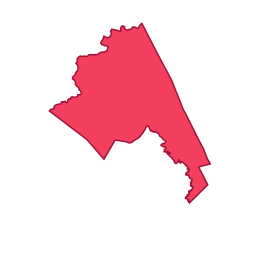 outline of Itezhi-Tezhi, Southern, Zambia, rotated 62°
{"feature_id": "96606910B99117639697542", "entity_name": "Itezhi-Tezhi", "entity_type": "district", "adm_level": 2, "iso_a3": "ZMB", "parent_name": "Zambia", "parent_adm1": "Southern", "projection": "mercator", "projection_center": [26.535, -15.924], "detail": "fine", "context": "isolated", "style": "filled", "palette": "rose", "viewbox_px": 256, "rotation_deg": 62, "n_neighbors": 0, "source": "geoboundaries", "source_scale": "gbopen_adm2", "svg_char_len": 5681}
<svg xmlns="http://www.w3.org/2000/svg" viewBox="0 0 256 256"><g transform="rotate(62 128 128)"><path d="M222.9,108.7L215.6,84.3L195.5,83.9L198.4,72.2L192.3,72.4L181.4,71.1L173.9,71.2L141.3,70.4L137.4,70.5L105.8,67.0L82.5,67.1L59.1,66.9L42.2,66.6L42.4,68.2L43.1,69.8L44.2,71.3L44.4,71.7L44.5,72.3L44.4,72.7L43.7,73.4L42.4,74.3L41.8,75.0L41.4,75.5L41.0,76.6L41.9,77.8L42.2,78.9L42.0,79.6L41.7,80.0L41.5,81.0L41.2,82.5L39.6,84.3L39.3,84.4L38.6,84.1L37.9,84.0L37.7,83.8L37.4,83.8L37.2,83.6L36.8,83.6L35.8,84.3L35.1,85.2L35.5,86.5L35.9,87.0L36.6,87.6L39.0,88.9L39.2,89.2L39.2,89.3L38.8,89.8L38.1,90.3L36.8,91.7L36.5,91.9L35.8,92.6L34.8,93.9L33.1,95.9L33.1,96.0L33.8,96.6L33.9,96.9L33.8,97.4L34.0,97.7L35.7,98.0L37.1,98.6L37.9,99.5L38.5,100.3L39.0,101.7L39.0,103.0L38.6,104.0L35.6,106.1L35.6,106.3L36.7,107.2L37.9,108.6L39.7,111.7L39.9,111.9L40.6,112.2L41.4,112.1L41.9,112.0L42.4,111.6L44.4,110.0L45.7,107.8L46.1,107.5L46.5,107.4L46.8,107.5L47.1,107.7L49.8,110.1L49.8,110.4L49.7,111.5L50.0,113.0L49.9,113.4L49.5,113.8L49.2,114.3L48.7,115.4L48.9,115.8L48.5,116.8L48.3,117.8L48.4,118.6L48.8,119.5L48.9,120.4L48.3,121.7L47.7,122.7L47.7,123.2L47.1,124.0L46.1,125.9L45.7,126.4L45.1,127.9L45.1,128.5L45.6,130.4L45.4,131.0L44.1,132.6L43.6,134.2L42.0,136.6L42.1,137.8L42.8,140.0L43.4,140.6L45.1,141.3L46.2,142.6L46.3,143.5L46.6,143.6L46.9,143.6L48.7,143.0L49.2,143.0L49.9,143.2L51.3,143.7L52.9,144.8L53.2,145.1L53.9,146.4L54.3,147.7L56.0,149.6L56.3,150.2L56.7,152.0L57.2,152.8L58.1,153.8L58.6,153.8L60.8,152.9L61.7,152.7L62.5,152.7L64.8,154.0L66.9,153.6L67.8,153.3L68.2,152.8L68.7,152.6L69.2,152.5L71.9,153.2L72.1,153.0L73.1,152.6L74.6,152.5L75.0,152.6L75.4,152.9L76.1,154.2L76.2,154.8L75.3,155.9L75.1,156.4L75.2,156.8L76.1,157.4L76.4,157.8L76.2,159.9L75.6,161.1L74.5,162.2L74.2,162.9L74.1,163.6L74.3,164.2L74.8,165.0L75.0,164.9L75.4,165.1L75.4,165.5L75.0,166.1L74.7,166.4L74.6,167.3L74.7,167.7L75.9,168.5L76.1,168.9L76.8,169.5L77.0,169.5L77.1,169.9L76.7,170.4L75.9,170.8L75.1,170.8L74.9,171.5L74.6,172.0L74.6,172.7L74.8,173.3L74.4,173.7L74.0,173.7L73.8,174.1L74.0,174.5L73.9,174.8L74.4,175.2L74.6,175.3L74.9,175.5L75.1,175.7L75.1,176.0L75.0,176.7L74.2,178.6L73.8,180.8L74.0,182.5L74.2,182.9L74.6,182.9L75.1,183.7L75.3,183.9L75.8,184.2L76.5,184.5L76.3,185.0L75.6,186.1L75.4,186.9L75.4,187.9L76.1,189.4L118.9,169.7L144.3,163.9L142.4,160.8L132.6,145.1L134.4,142.6L139.9,135.3L140.8,135.0L141.6,134.2L142.0,133.5L142.4,131.8L142.4,130.4L142.3,130.1L141.8,126.7L141.7,123.8L141.1,121.2L140.4,120.0L140.2,119.3L139.8,118.1L139.0,116.7L137.8,114.4L137.1,113.3L136.1,112.1L135.5,110.7L135.1,110.2L135.3,109.7L135.6,109.6L136.0,108.9L138.4,109.2L139.3,109.2L140.2,109.5L140.8,109.4L141.6,109.0L141.5,108.7L141.2,108.4L141.2,108.2L141.6,108.0L142.4,108.1L142.6,108.1L144.0,106.7L143.7,106.2L143.8,105.7L144.7,105.1L145.7,105.0L145.9,104.8L146.0,104.4L146.3,104.0L148.3,103.5L149.9,103.8L150.4,103.7L151.0,103.4L152.3,102.6L154.2,102.5L154.7,102.3L155.5,101.9L156.7,101.0L157.2,100.8L157.5,100.8L157.8,101.0L158.4,102.3L158.5,103.4L158.0,105.1L158.3,106.5L158.5,106.8L158.8,107.0L158.9,106.9L159.6,106.3L161.2,105.7L162.3,104.3L162.6,104.0L163.2,103.9L163.7,104.0L164.0,104.3L164.2,105.2L164.0,105.9L164.0,106.1L165.1,106.2L165.4,106.6L165.6,107.2L165.9,107.3L166.1,107.0L166.2,106.1L166.6,105.8L166.9,105.7L167.4,105.8L167.6,105.5L167.7,104.6L167.2,104.0L167.2,103.6L167.3,103.5L167.5,103.5L168.4,104.1L169.2,105.3L169.5,105.4L169.9,105.2L170.0,105.0L170.0,104.7L169.3,103.1L169.5,102.6L169.8,102.5L170.2,102.7L170.2,102.9L170.1,103.7L170.3,104.1L170.8,104.4L171.8,104.6L172.5,104.4L173.1,104.1L174.0,103.5L174.4,103.1L174.8,103.2L175.3,103.4L175.6,103.5L177.2,102.8L178.2,102.9L178.8,103.1L179.7,102.9L180.6,102.9L181.2,102.9L181.4,102.8L181.9,102.4L182.0,101.8L181.6,100.5L180.9,99.4L181.0,99.0L180.3,98.7L180.1,98.6L180.1,98.1L180.2,97.9L180.6,97.9L181.1,98.2L181.4,98.6L181.8,98.9L181.9,98.7L181.8,98.3L181.8,97.9L182.0,97.7L182.2,97.8L182.8,98.5L183.0,98.4L183.5,98.1L183.7,97.6L183.5,97.4L182.9,97.2L182.7,96.9L183.2,96.1L183.7,95.7L184.3,95.5L185.3,95.5L186.3,94.9L186.8,94.9L187.0,94.3L187.1,94.1L187.5,94.2L188.0,94.6L188.5,94.6L188.8,94.0L189.0,93.9L189.6,93.9L190.3,93.7L190.6,93.8L191.1,94.1L191.4,94.5L191.9,94.8L192.1,94.6L192.1,94.3L192.0,93.5L192.2,93.4L192.5,93.5L192.8,94.2L193.0,94.4L193.6,94.1L194.2,93.6L194.4,93.6L194.6,93.9L194.2,94.8L194.2,95.2L194.3,95.5L194.8,95.8L195.0,96.1L195.0,96.3L194.8,96.8L195.1,97.0L195.3,97.5L195.1,98.1L196.0,98.4L196.3,98.9L197.0,98.5L197.2,98.1L197.7,97.5L197.7,96.8L197.8,96.7L198.3,96.6L199.0,96.7L199.5,96.6L199.9,97.1L200.6,96.9L201.5,97.0L202.9,95.6L203.2,95.6L203.6,95.8L204.1,96.5L204.9,96.4L205.3,96.5L205.4,96.8L205.2,97.3L205.3,98.2L205.9,98.0L206.2,98.1L206.5,98.7L206.7,98.8L207.2,99.0L207.6,99.3L208.1,99.2L208.2,99.4L208.2,99.8L208.3,99.9L208.8,99.7L209.1,99.3L209.6,99.2L209.8,98.9L210.1,98.8L210.4,98.1L210.6,98.0L211.1,99.2L211.4,99.3L212.1,99.5L212.0,100.3L212.2,101.0L212.5,101.2L213.1,101.4L212.8,101.9L212.3,102.3L212.8,103.0L212.3,103.6L212.3,103.9L212.7,104.4L212.9,104.5L213.1,104.5L213.6,104.2L213.9,104.2L214.0,104.5L214.4,104.7L214.5,105.1L214.9,105.2L215.1,105.6L215.3,105.8L215.0,106.3L215.0,106.5L215.5,106.3L215.7,106.6L215.3,106.9L215.2,107.1L216.1,107.2L216.0,107.5L215.7,107.6L216.0,108.5L216.5,108.8L216.5,109.0L216.1,109.6L217.1,110.2L217.3,109.7L217.7,109.8L217.8,109.8L217.9,109.5L218.4,109.1L218.8,109.0L219.3,109.0L219.5,108.9L219.5,108.5L219.8,108.4L219.9,108.5L220.0,108.9L220.2,109.2L220.3,109.2L220.6,108.8L220.9,108.9L221.1,108.5L221.5,108.6L221.6,109.1L221.9,109.4L222.1,109.2L222.1,108.4L222.2,108.2L222.4,108.2L222.6,108.6L222.9,108.7Z" fill="#f43f5e" stroke="#9f1239" stroke-width="1.5"/></g></svg>